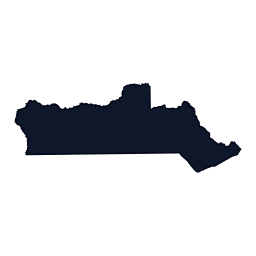 the district of Malai, Bântéay Méanchey, Cambodia
{"feature_id": "14789045B32583136425943", "entity_name": "Malai", "entity_type": "district", "adm_level": 2, "iso_a3": "KHM", "parent_name": "Cambodia", "parent_adm1": "Bântéay Méanchey", "projection": "natural_earth1", "projection_center": [102.55, 13.526], "detail": "fine", "context": "isolated", "style": "filled", "palette": "ink", "viewbox_px": 256, "rotation_deg": 0, "n_neighbors": 0, "source": "geoboundaries", "source_scale": "gbopen_adm2", "svg_char_len": 5828}
<svg xmlns="http://www.w3.org/2000/svg" viewBox="0 0 256 256"><path d="M237.1,154.5L240.6,149.1L238.3,147.2L237.9,146.1L236.0,144.7L234.3,142.2L232.8,143.0L232.3,142.1L231.4,142.1L231.0,142.6L230.4,144.5L229.7,145.0L228.9,146.4L227.5,146.4L227.0,146.8L224.9,146.2L224.2,145.5L224.4,144.5L222.6,144.1L222.2,144.2L221.3,143.2L220.9,143.6L220.5,143.2L220.0,143.4L219.5,144.3L219.0,144.4L218.0,144.0L217.5,143.5L216.1,142.9L214.8,141.6L214.1,141.5L213.0,140.0L212.3,139.7L211.6,138.9L209.3,137.8L209.3,135.7L209.6,135.0L209.4,134.6L209.3,133.2L208.8,133.0L208.2,132.3L207.4,132.6L207.2,132.4L206.9,131.3L206.4,130.7L205.4,130.4L205.1,130.1L205.2,129.1L204.8,129.1L204.2,128.7L203.9,128.1L202.7,127.6L202.4,127.1L200.6,126.7L199.9,127.1L199.4,126.7L199.6,125.2L199.1,124.4L198.8,123.4L198.9,122.8L199.1,122.7L198.6,121.5L197.5,120.0L196.9,118.6L196.5,118.2L196.6,116.9L194.7,114.8L194.7,111.0L194.5,110.6L193.8,110.1L193.8,109.5L194.1,108.9L193.4,108.9L193.2,108.7L193.3,108.2L192.8,107.7L192.0,107.9L191.7,107.0L191.3,107.2L191.5,107.6L191.3,108.2L190.8,108.3L190.5,108.1L190.8,107.2L190.6,106.0L190.1,105.8L189.7,105.3L189.3,106.1L188.8,106.2L188.6,105.9L188.9,104.7L189.2,104.5L189.3,104.1L188.8,103.6L188.2,103.6L187.7,102.5L187.0,102.1L186.6,102.6L185.5,101.7L184.6,101.6L184.5,102.5L184.1,102.9L183.5,102.2L183.1,102.6L182.5,103.9L182.3,104.8L182.5,105.1L181.8,106.4L180.6,106.8L178.7,106.7L177.8,108.2L175.8,109.2L175.2,109.2L174.9,108.7L173.3,108.4L169.9,108.7L169.5,108.9L168.1,108.8L167.6,108.5L166.7,109.1L166.3,109.1L165.1,107.3L164.9,106.6L164.9,105.4L164.2,105.1L161.1,106.7L158.2,106.9L156.6,107.8L154.2,107.6L151.4,109.5L150.1,109.5L149.8,86.9L149.6,86.8L149.4,86.2L148.6,85.7L148.0,85.7L148.0,84.1L147.1,84.5L147.0,84.1L146.6,84.3L145.9,84.1L145.5,84.6L145.1,84.6L145.0,84.1L144.7,84.5L143.9,84.8L142.8,84.2L142.0,84.2L142.1,85.1L141.0,85.9L139.7,85.7L139.3,85.1L139.0,85.0L138.0,85.3L136.8,84.7L136.6,85.1L135.2,85.1L135.0,84.4L134.5,84.2L132.6,84.7L132.1,85.3L131.0,84.5L129.0,85.3L126.9,85.5L126.2,85.9L125.7,86.6L124.7,86.8L124.1,87.3L123.8,88.1L124.1,89.2L124.0,90.3L122.9,90.8L122.1,93.3L122.5,94.5L122.4,94.7L122.5,96.3L121.4,97.3L120.5,97.6L120.4,97.9L119.8,97.9L119.2,99.5L119.2,99.8L118.7,100.2L117.7,99.8L117.3,100.1L116.3,100.2L115.4,100.9L115.2,101.6L114.8,101.9L114.5,101.9L114.0,101.3L113.7,101.4L113.7,101.1L113.1,100.8L111.8,102.2L111.6,101.8L111.0,101.8L111.1,102.5L110.6,103.3L108.8,104.8L109.3,105.2L109.1,105.4L108.2,105.6L107.8,106.2L107.0,105.9L106.7,106.5L106.2,106.1L106.0,106.5L105.7,106.4L105.3,106.8L105.1,106.6L104.9,107.0L104.6,107.0L104.4,106.6L104.0,106.8L103.7,106.6L103.6,106.1L103.3,106.2L103.2,106.5L103.4,106.9L102.9,107.6L102.6,107.6L102.4,106.8L101.6,107.4L100.4,106.2L99.3,106.2L99.4,105.7L98.4,105.9L96.7,105.2L96.5,105.3L95.6,105.0L95.7,105.6L95.2,106.0L95.1,105.7L94.3,105.2L93.9,105.2L94.1,105.6L93.7,105.6L92.8,104.8L91.0,104.1L90.5,104.1L90.0,104.7L89.2,105.0L88.3,104.7L88.0,104.3L87.2,104.2L86.9,103.8L86.2,103.6L85.3,104.0L84.8,103.8L83.4,104.3L83.1,104.2L82.9,103.7L82.3,103.6L82.2,103.8L81.7,103.3L81.3,104.3L80.8,103.9L80.3,103.9L80.4,104.6L79.7,105.9L79.4,106.0L79.2,105.7L78.5,106.4L78.2,106.4L77.9,107.4L77.0,107.0L77.1,106.6L77.0,106.2L75.6,107.1L75.1,106.9L74.5,107.2L74.0,106.8L73.7,107.7L73.0,108.0L72.2,108.9L71.4,108.5L70.4,108.6L69.8,108.3L69.5,109.1L69.2,108.9L68.5,109.4L67.6,109.4L66.4,109.1L65.7,109.6L65.5,109.2L65.6,108.2L65.4,107.9L64.9,108.5L64.4,108.5L64.0,109.5L63.4,109.6L63.0,110.1L61.9,109.4L61.0,109.1L60.7,109.3L60.1,108.7L59.5,108.9L59.2,108.0L58.5,107.3L58.8,107.0L58.3,106.8L58.3,106.5L57.6,106.5L57.7,105.8L56.8,105.6L57.0,105.1L56.6,104.8L55.9,104.9L54.9,104.0L53.7,104.1L53.5,104.3L53.7,104.7L52.3,104.2L52.1,104.4L52.3,104.6L52.0,105.2L50.7,105.2L50.6,106.0L50.1,106.0L50.0,106.3L48.8,105.9L48.7,105.5L47.7,105.3L47.6,105.7L46.5,105.7L46.5,106.0L45.3,106.2L45.1,106.6L44.3,106.0L44.1,106.4L43.5,106.0L42.0,106.1L41.7,105.4L41.1,105.7L40.7,104.4L40.1,104.0L39.8,104.0L39.6,103.5L39.3,103.4L39.3,103.8L38.9,103.7L38.9,103.3L38.5,103.3L38.3,103.5L37.5,103.6L36.8,102.8L36.8,102.2L36.5,102.2L36.1,101.8L35.7,102.1L35.4,101.1L34.3,100.6L34.1,100.7L33.7,101.5L33.2,101.9L32.2,101.9L32.4,101.5L32.3,101.2L31.7,101.2L31.1,100.7L30.2,100.5L29.4,100.8L28.9,101.6L29.2,102.1L28.7,102.8L27.9,103.3L27.6,103.2L27.2,104.1L26.5,104.0L27.1,104.9L27.0,105.2L26.6,105.2L26.5,105.4L26.9,105.6L26.6,105.9L26.6,106.4L26.9,106.6L26.8,107.3L26.6,107.3L26.5,107.1L25.9,107.2L25.9,106.9L25.1,107.7L25.2,108.2L24.4,108.0L23.7,108.5L23.1,108.4L21.1,109.4L20.8,109.3L20.4,109.6L19.3,109.7L19.3,110.3L19.0,110.3L19.1,110.7L18.2,110.1L18.1,111.3L17.3,111.8L17.3,112.6L17.7,112.5L17.7,112.9L17.0,113.7L17.0,114.0L17.7,114.2L17.5,114.5L17.1,115.4L16.8,115.2L16.6,115.4L17.0,116.0L16.9,117.2L17.2,117.4L16.6,117.9L16.0,118.0L16.1,118.4L15.4,120.2L15.6,120.4L15.9,120.3L16.0,120.9L15.5,121.3L15.4,121.9L16.2,122.0L16.2,122.7L16.6,123.2L16.9,123.3L17.5,124.5L17.9,124.5L18.1,124.2L18.8,124.4L19.7,125.3L19.9,125.2L20.5,126.0L21.1,126.1L21.3,126.7L21.1,127.3L21.2,127.6L21.6,127.6L21.5,128.4L21.8,129.1L22.7,128.9L22.9,129.2L22.6,130.0L23.1,130.7L23.1,131.6L24.0,131.9L25.0,133.6L25.9,134.2L26.1,134.9L26.7,135.5L26.7,136.0L26.1,136.3L26.7,136.9L27.1,137.9L27.4,137.9L27.7,137.6L28.2,138.2L28.6,138.2L28.8,139.1L28.7,139.5L28.1,139.3L27.5,140.5L27.5,141.7L28.2,142.2L28.2,142.6L28.2,143.3L27.8,143.3L27.9,144.1L27.6,145.6L28.6,146.3L28.3,147.1L27.5,148.0L27.8,148.9L27.6,150.4L26.9,150.5L26.7,151.6L25.9,152.8L26.3,153.5L26.3,154.5L179.6,152.7L181.0,154.7L182.6,156.4L187.6,160.7L190.8,165.1L194.1,169.1L196.8,171.6L197.8,171.9L199.6,171.4L201.2,170.2L202.6,170.0L204.0,169.3L204.7,168.8L205.0,168.2L206.2,168.3L207.5,167.5L209.1,167.2L209.8,166.7L211.2,166.2L213.2,165.8L214.4,166.1L231.6,156.3L237.1,154.5Z" fill="#0f172a" stroke="#020617" stroke-width="1.5"/></svg>